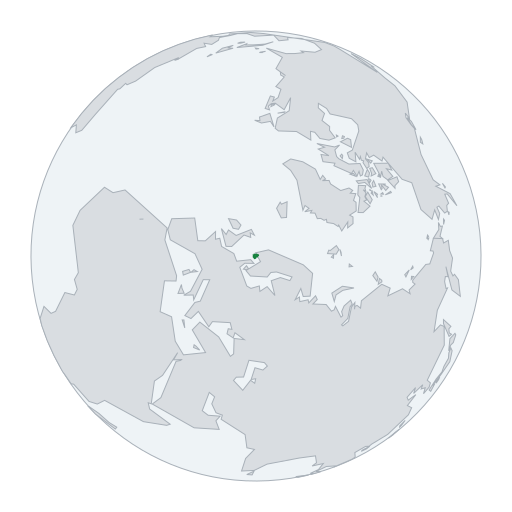 Vest-Agder highlighted on a globe, orthographic projection, rotated 81°
{"feature_id": "NOR-916", "entity_name": "Vest-Agder", "entity_type": "County", "adm_level": 1, "iso_a3": "NOR", "parent_name": "Norway", "parent_adm1": "", "projection": "orthographic", "projection_center": [7.224, 58.601], "detail": "fine", "context": "on_globe", "style": "filled", "palette": "green", "viewbox_px": 512, "rotation_deg": 81, "n_neighbors": 0, "source": "natural_earth", "source_scale": "10m", "svg_char_len": 11808}
<svg xmlns="http://www.w3.org/2000/svg" viewBox="0 0 512 512"><g transform="rotate(81 256 256)"><circle cx="256" cy="256" r="225" fill="#eef3f6" stroke="#a8b0b8"/><path d="M30.9,264.9L30.9,264.3L32.3,267.0L33.8,254.3L33.8,248.4L32.6,247.5L34.4,226.2L37.5,213.6L55.9,154.6L60.7,146.2L65.2,140.6L93.6,107.5L70.9,130.5L77.8,121.1L87.4,110.5L87.1,111.9L100.4,100.7L109.6,92.2L127.6,82.7L144.2,82.9L138.2,86.2L142.9,86.2L150.8,82.2L154.8,79.6L181.6,77.1L208.5,69.1L214.5,63.2L215.2,67.5L224.8,54.5L237.8,49.7L224.6,57.4L224.5,59.9L234.0,57.5L235.9,59.7L241.7,60.0L243.1,62.9L235.3,67.6L236.1,69.7L242.8,67.9L248.5,70.1L238.4,72.3L247.3,76.4L235.9,85.8L208.0,90.7L203.1,99.7L178.2,115.1L181.9,116.7L174.8,124.0L176.5,128.7L171.4,130.6L177.1,132.7L181.5,130.1L185.4,130.3L186.8,132.9L180.5,135.7L178.9,134.8L177.8,137.0L174.1,137.3L176.7,138.6L169.0,141.9L178.6,142.6L174.1,148.6L168.4,149.7L166.5,144.3L148.6,134.9L142.3,135.0L135.3,140.2L127.3,160.6L121.3,163.2L115.0,170.5L119.4,171.3L125.9,166.0L132.5,169.6L139.6,163.0L143.4,163.7L151.7,159.3L153.0,165.8L149.9,174.5L143.0,178.6L141.4,182.7L150.1,183.7L139.4,196.5L136.0,214.2L132.9,217.1L123.1,213.3L117.7,200.5L105.0,197.0L115.9,205.3L108.1,213.0L107.9,217.0L109.8,220.3L113.8,219.8L111.7,223.9L100.2,216.8L101.9,213.0L105.6,215.2L103.0,209.4L95.2,205.3L91.8,209.9L83.6,200.1L81.1,203.3L77.9,203.2L82.4,198.6L74.1,207.0L63.9,198.9L52.3,213.3L60.8,194.7L62.1,186.1L62.6,177.3L60.6,179.4L64.0,165.8L62.4,159.0L55.0,164.9L48.3,176.8L45.2,190.7L47.5,190.5L47.0,199.6L40.6,204.0L38.7,223.0L35.0,230.0L33.5,239.5L34.2,247.0L34.5,258.0L37.0,259.3L40.1,266.6L37.7,274.0L41.3,273.0L41.7,282.1L49.2,301.6L48.0,301.7L54.0,326.5L64.4,347.5L66.7,356.6L65.1,357.7L69.6,364.4L69.7,366.6L90.9,392.4L104.6,408.4L106.1,414.7L98.4,412.9L100.3,418.8L99.8,418.4L87.9,405.9L76.9,392.6L67.0,378.6L58.2,363.7L50.5,348.3L44.0,332.3L38.8,315.9L34.9,299.1L32.2,282.1L30.9,264.9ZM48.9,216.6L47.1,242.3L44.9,232.0L45.9,232.9L47.1,225.4L48.1,213.9L47.1,205.4L48.9,216.6ZM55.3,218.3L55.3,214.5L55.7,217.7L55.3,218.3ZM156.3,78.2L150.7,82.0L142.9,85.0L147.3,81.5L156.3,78.2ZM171.4,73.7L169.3,75.9L164.3,75.1L167.0,74.1L171.4,73.7ZM218.3,58.7L213.4,60.5L217.5,58.1L218.3,58.7ZM242.2,59.5L243.0,58.4L245.6,59.0L242.2,59.5ZM150.4,156.2L151.0,157.7L149.1,157.7L150.4,156.2ZM153.4,152.9L150.8,151.8L151.8,150.0L153.4,150.8L153.4,152.9ZM250.2,64.2L254.2,65.8L248.8,65.0L250.2,64.2ZM156.4,154.7L154.0,147.2L155.9,144.3L163.6,144.7L156.4,154.7ZM255.6,67.2L265.4,71.2L268.0,69.0L266.2,78.0L258.5,71.3L251.4,70.6L255.6,69.3L255.6,67.2ZM182.2,128.2L177.7,131.1L180.2,126.3L182.2,128.2ZM182.9,125.2L185.0,111.0L192.4,108.4L190.2,113.5L198.8,108.4L201.4,114.0L197.3,118.1L191.9,118.6L197.0,120.4L182.9,125.2ZM263.6,82.5L264.8,84.3L262.1,83.3L263.6,82.5ZM187.2,130.0L187.0,127.3L193.4,124.7L195.0,129.8L192.4,128.9L187.2,130.0ZM199.8,104.4L204.9,103.5L208.3,107.8L210.8,108.1L202.1,113.9L199.8,104.4ZM191.7,130.9L195.7,132.4L193.9,136.1L187.9,132.5L191.7,130.9ZM194.4,122.0L197.5,121.1L196.3,123.2L194.4,122.0ZM189.9,150.3L189.5,146.9L192.8,145.2L189.9,150.3ZM197.3,132.8L197.9,131.5L199.2,130.5L201.4,132.3L197.3,132.8ZM205.2,116.6L205.6,118.7L208.9,114.4L211.6,117.6L205.3,121.0L209.2,120.9L210.1,121.9L204.0,123.6L205.2,116.6ZM207.4,131.2L200.4,137.0L200.4,143.6L197.5,145.2L197.9,134.3L207.4,131.2ZM205.9,126.6L206.2,129.8L202.4,130.0L199.9,128.0L205.9,126.6ZM215.8,118.7L213.2,112.9L214.6,112.4L215.8,118.7ZM208.2,133.1L209.9,131.7L208.6,133.5L208.2,133.1ZM214.3,123.0L213.2,121.0L214.9,120.4L214.3,123.0ZM214.2,130.7L211.9,132.5L210.1,131.1L214.2,130.7ZM214.8,127.1L217.4,126.9L210.8,129.5L214.0,126.3L214.8,127.1ZM216.1,122.8L216.7,121.8L216.3,123.8L216.1,122.8ZM222.2,135.1L214.4,138.8L210.4,135.6L218.6,132.4L222.2,135.1ZM480.4,235.9L480.4,236.4L479.6,233.2L479.2,236.4L476.7,227.7L471.5,222.0L472.2,233.4L469.7,228.6L462.7,228.5L462.3,244.8L463.3,277.6L467.5,291.4L466.1,303.9L454.3,297.9L446.8,287.8L444.0,295.0L430.7,294.7L411.8,316.0L407.9,314.1L404.6,320.0L395.1,322.8L388.6,318.9L383.4,323.5L400.4,333.3L405.8,328.2L408.6,316.5L412.5,321.4L421.5,319.5L416.0,344.0L386.0,381.6L381.0,372.1L347.5,351.4L347.4,346.8L347.1,346.4L346.6,345.7L345.7,353.7L339.2,348.5L359.3,367.0L363.6,375.9L385.6,382.6L384.1,385.4L390.5,385.0L408.7,367.1L409.3,370.7L402.0,393.1L374.9,428.1L377.4,435.9L373.5,443.7L354.1,456.1L353.3,458.6L342.9,463.5L340.6,464.8L338.1,465.8L322.8,471.1L307.2,475.4L291.3,478.5L283.9,479.0L272.6,473.3L280.6,467.4L279.3,462.6L262.2,450.5L266.1,441.5L261.0,437.8L250.8,439.0L244.7,434.1L238.3,433.8L197.1,432.1L183.4,422.6L164.4,394.9L171.1,387.3L170.3,375.0L214.4,339.4L225.9,343.5L263.1,337.5L268.2,338.9L266.2,350.3L296.0,359.4L302.8,348.9L327.5,349.1L342.3,343.1L343.5,320.9L319.0,330.5L312.5,321.8L330.1,305.5L351.1,297.0L349.2,293.4L334.0,290.5L336.8,280.6L328.5,288.8L333.3,291.4L328.3,296.8L323.5,294.8L324.7,291.3L317.8,291.9L314.0,309.3L318.5,313.7L301.7,321.6L307.6,330.0L303.7,335.6L292.3,323.6L291.9,318.1L272.2,305.4L271.1,311.8L289.6,324.4L284.7,324.1L283.4,333.5L280.6,326.2L260.7,311.3L244.2,315.9L226.6,338.1L216.2,339.0L206.0,333.4L208.9,310.6L231.8,311.1L233.1,303.7L225.5,292.1L233.1,293.4L232.8,289.0L241.2,288.5L250.1,277.5L258.1,275.9L258.8,261.8L263.0,259.2L261.4,268.2L264.6,273.8L284.2,269.8L287.2,266.1L286.1,257.4L291.6,257.7L288.0,249.8L298.0,243.5L282.8,244.8L281.1,235.3L285.6,226.4L282.3,223.7L275.0,238.2L274.6,243.9L278.5,248.2L274.9,264.6L268.8,268.2L262.3,252.4L252.8,256.0L251.9,242.7L272.1,210.7L282.0,202.8L304.1,208.8L303.4,215.7L295.1,216.8L305.3,224.2L303.3,219.5L307.9,219.9L307.4,211.4L310.6,211.2L304.6,203.4L308.6,202.3L312.3,207.3L314.9,194.3L322.3,190.1L321.4,187.2L318.2,185.4L329.7,181.6L328.5,179.7L324.3,180.1L319.1,176.8L314.4,169.4L318.6,168.5L320.9,171.0L332.0,175.1L337.4,182.3L338.6,181.2L335.0,174.8L321.4,169.7L317.4,165.6L324.0,167.0L321.3,166.2L320.6,163.9L323.9,160.9L316.7,158.9L303.6,136.2L308.7,128.5L316.0,132.0L311.3,116.4L317.4,109.7L313.5,110.1L308.6,103.3L306.6,105.3L304.4,105.0L290.9,89.6L291.0,85.6L280.8,80.1L278.8,80.4L278.1,83.0L266.2,78.0L268.0,69.0L272.5,68.7L270.6,63.6L281.0,63.9L288.8,62.2L301.4,66.1L306.5,64.6L305.1,62.8L311.0,59.8L327.8,60.5L320.2,67.8L296.2,70.1L306.5,69.6L305.9,72.2L310.7,73.7L317.8,73.4L317.5,71.8L338.0,85.4L358.6,92.0L352.9,84.6L355.0,81.2L373.5,84.0L405.5,106.3L408.6,103.6L412.6,105.5L418.2,112.1L412.6,109.5L413.2,113.7L409.2,111.4L416.4,121.8L410.9,119.0L419.2,128.9L422.2,128.2L417.9,119.8L427.4,129.9L430.2,126.0L436.7,130.3L452.8,153.8L459.9,171.2L461.6,174.0L461.2,177.6L465.6,189.1L470.2,189.5L471.8,193.2L476.6,212.2L475.8,209.9L474.9,219.4L478.2,230.5L479.1,225.6L479.4,227.3L480.4,235.9ZM201.9,361.4L201.4,365.3L201.9,361.4ZM375.4,297.7L386.6,290.1L377.9,280.8L381.5,277.2L377.2,275.5L377.2,280.1L366.2,274.5L369.7,267.0L366.5,262.0L362.6,264.4L357.9,279.3L373.6,287.2L372.6,294.4L375.4,297.7ZM49.5,302.1L50.1,305.8L48.7,302.7L49.5,302.1ZM43.0,233.3L43.4,237.6L43.0,240.9L42.4,238.1L43.0,233.3ZM50.3,268.0L51.6,273.3L49.6,269.0L50.3,268.0ZM47.2,246.1L49.3,264.0L45.5,256.7L44.4,245.5L46.1,251.4L47.2,246.1ZM51.7,220.5L51.6,223.6L50.5,224.1L51.7,220.5ZM55.6,220.8L55.3,219.9L56.1,217.5L55.6,220.8ZM108.8,213.4L109.6,214.1L110.8,217.9L108.8,217.1L108.8,213.4ZM125.5,229.8L121.7,236.1L122.9,230.9L119.3,230.8L117.3,220.0L131.3,218.0L125.3,220.7L125.5,229.8ZM118.6,205.6L118.3,212.3L118.1,205.1L118.6,205.6ZM223.1,266.0L226.9,269.1L225.0,274.3L214.8,277.3L217.4,269.6L223.1,266.0ZM232.6,272.4L229.0,256.4L235.2,254.3L232.3,258.1L236.8,258.3L233.4,264.6L242.8,278.5L241.8,284.1L223.5,285.9L230.1,282.1L226.0,279.1L232.6,272.4ZM208.8,222.8L207.3,216.8L222.7,219.8L222.3,225.1L212.1,228.2L206.6,223.7L208.8,222.8ZM170.3,157.3L168.8,155.4L170.5,154.6L173.3,155.5L170.3,157.3ZM189.4,148.8L179.0,164.9L176.7,163.5L173.3,175.1L165.9,175.9L168.3,168.3L160.1,177.8L159.3,171.3L154.4,178.3L160.6,161.3L159.5,156.1L163.5,161.5L170.4,160.8L173.0,158.9L179.7,149.9L180.9,138.8L187.8,136.6L192.5,138.1L193.3,140.4L188.5,141.0L193.0,143.8L186.7,146.4L189.4,148.8ZM242.6,161.1L236.7,160.0L244.7,167.4L238.4,169.5L239.7,170.3L236.1,174.3L234.0,180.7L230.8,180.7L231.4,183.2L229.0,186.1L228.7,189.6L222.9,191.0L222.0,195.5L219.7,193.7L219.9,200.9L217.2,196.2L213.8,199.7L218.2,202.5L187.5,203.7L176.8,208.4L169.2,215.1L165.6,206.5L170.3,195.0L179.5,183.7L190.4,180.6L186.8,177.5L190.9,175.2L192.0,178.6L192.8,172.0L196.5,171.1L204.6,162.1L203.4,153.5L206.4,150.2L208.7,153.1L210.0,147.7L216.4,151.0L218.6,148.8L227.2,150.0L230.3,157.1L232.6,154.1L239.2,155.1L242.6,161.1ZM224.6,135.6L229.9,143.4L229.0,148.4L214.5,144.3L211.6,145.9L202.2,143.8L203.7,136.6L206.2,137.8L209.0,137.4L207.4,139.8L210.8,137.5L214.4,139.2L218.0,138.0L218.7,140.8L224.6,135.6ZM272.5,334.1L276.1,334.2L281.5,332.8L280.8,338.9L272.5,334.1ZM258.8,324.3L261.9,323.2L263.5,330.8L259.7,330.9L258.8,324.3ZM262.2,316.4L261.9,322.6L259.8,319.4L262.2,316.4ZM264.1,266.9L267.3,265.4L268.1,267.3L267.0,270.5L264.1,266.9ZM264.8,185.0L261.6,183.2L262.2,181.8L258.3,175.0L262.6,173.1L266.7,176.5L264.8,185.0ZM340.1,326.3L336.6,332.0L334.0,331.0L335.7,329.3L340.1,326.3ZM307.9,337.2L315.9,337.6L307.6,338.9L307.9,337.2ZM268.9,181.8L266.8,179.1L270.3,179.8L268.9,181.8ZM265.6,171.4L269.4,171.6L262.7,172.1L265.6,171.4ZM404.9,422.0L387.0,439.3L378.4,445.1L378.8,444.2L386.9,435.8L397.5,427.1L403.3,420.3L404.9,422.0ZM481.2,249.3L480.1,251.2L480.3,244.4L480.6,238.3L481.2,249.3ZM468.2,291.6L471.6,294.1L470.4,299.3L468.2,291.6ZM463.8,177.1L465.4,182.6L464.3,181.2L461.7,173.4L463.8,177.1ZM441.7,134.4L445.8,138.6L447.6,140.9L446.3,140.6L441.7,134.4ZM302.9,164.2L303.5,175.6L306.9,183.0L313.2,185.8L304.5,186.9L299.4,175.4L302.9,164.2ZM303.1,139.7L297.5,137.6L299.6,135.6L301.2,135.7L303.1,139.7ZM299.9,140.5L293.6,143.7L290.3,140.7L295.9,138.7L299.9,140.5ZM281.4,162.4L281.3,165.8L278.5,165.1L281.4,162.4ZM456.4,153.1L456.7,153.7L451.9,146.1L449.6,141.7L454.2,149.0L453.8,148.1L456.4,153.1ZM409.8,98.0L407.6,97.3L404.1,93.4L406.6,94.9L409.8,98.0ZM390.7,81.1L402.4,92.2L411.5,101.8L410.9,100.0L417.0,104.6L415.4,106.0L405.6,97.2L399.6,90.5L394.3,87.6L387.1,81.9L381.9,80.7L377.3,77.9L380.2,77.1L390.7,81.1ZM379.8,80.5L368.0,77.4L363.5,71.6L365.1,71.0L372.4,74.7L374.4,77.6L379.8,80.5ZM363.9,75.1L365.6,77.9L352.1,81.4L348.1,80.8L356.0,74.5L358.1,76.9L362.2,77.2L363.9,75.1ZM266.8,83.4L265.0,84.2L265.3,82.5L266.8,83.4ZM303.4,106.3L300.4,105.6L300.9,103.4L303.4,106.3ZM292.3,102.6L293.9,105.5L290.5,102.8L292.3,102.6ZM297.7,112.0L293.7,106.8L300.1,111.2L297.7,112.0Z" fill="#d9dde1" stroke="#a8b0b8" stroke-width="1"/><path d="M258.1,257.7L258.1,257.8L257.9,257.8L257.7,257.9L257.8,257.7L257.7,257.7L257.6,257.8L257.5,258.0L257.4,258.0L257.1,258.1L256.9,258.1L256.8,258.3L256.7,258.2L256.7,258.3L256.3,258.3L256.1,258.2L255.9,258.2L255.7,258.2L255.7,258.3L255.5,258.2L255.8,258.1L255.7,258.1L255.4,258.2L255.5,258.0L255.5,257.9L255.4,258.1L255.2,258.0L255.2,257.9L255.3,257.9L255.5,257.9L255.3,257.8L255.2,257.8L255.1,257.7L255.1,257.9L254.9,257.8L255.0,257.8L255.0,257.7L254.9,257.8L255.0,258.0L254.7,258.1L254.6,257.9L254.7,257.7L254.8,257.7L255.0,257.5L255.1,257.4L254.9,257.5L254.9,257.4L254.8,257.2L254.8,257.3L254.6,257.4L254.3,257.3L254.4,257.2L254.6,257.1L254.8,256.9L254.7,256.4L254.7,256.2L254.7,255.9L254.4,255.8L254.4,255.7L254.6,255.7L254.7,255.4L254.6,255.2L254.7,254.9L254.7,254.7L255.1,254.2L255.3,253.9L255.3,253.7L255.6,253.6L255.9,253.7L255.9,253.8L255.8,254.0L255.9,254.3L255.8,254.5L255.7,254.9L255.7,255.0L255.8,255.1L256.3,254.9L256.6,254.9L256.8,254.9L256.8,255.0L256.9,255.3L256.9,255.5L256.7,255.6L256.7,255.8L256.8,255.9L256.8,256.0L256.7,256.1L256.7,256.3L256.7,256.5L256.8,256.5L257.0,256.5L257.0,256.4L257.1,256.5L257.4,256.8L257.5,256.8L257.5,257.0L257.6,256.9L257.8,256.9L257.8,257.0L258.0,257.2L258.1,257.3L258.1,257.5L258.1,257.7Z" fill="#22c55e" stroke="#15803d" stroke-width="1.5"/></g></svg>